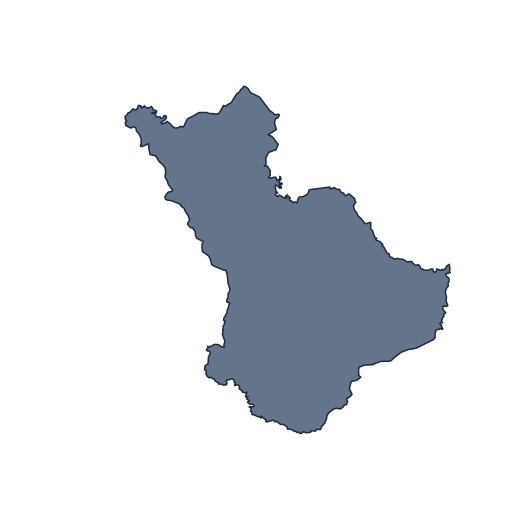 Krong Bong, Đắk Lắk, Vietnam, rotated 40°
{"feature_id": "81297802B29162792012865", "entity_name": "Krong Bong", "entity_type": "district", "adm_level": 2, "iso_a3": "VNM", "parent_name": "Vietnam", "parent_adm1": "Đắk Lắk", "projection": "albers", "projection_center": [108.512, 12.452], "detail": "fine", "context": "isolated", "style": "filled", "palette": "slate", "viewbox_px": 512, "rotation_deg": 40, "n_neighbors": 0, "source": "geoboundaries", "source_scale": "gbopen_adm2", "svg_char_len": 6117}
<svg xmlns="http://www.w3.org/2000/svg" viewBox="0 0 512 512"><g transform="rotate(40 256 256)"><path d="M66.0,228.3L66.4,231.0L66.1,233.4L68.5,235.6L70.2,235.7L70.2,238.0L72.3,239.7L77.0,238.8L78.4,237.8L78.1,237.0L79.2,235.7L81.4,235.0L84.1,237.1L88.4,237.8L93.3,240.4L94.2,242.1L96.0,243.7L96.2,245.4L97.3,246.2L98.7,244.9L101.6,239.1L104.6,242.3L109.6,246.4L114.8,243.8L121.0,245.9L125.9,246.0L129.7,246.9L132.7,249.5L134.9,253.2L136.2,254.3L139.2,255.2L143.2,257.7L149.8,259.1L150.0,260.5L147.9,263.3L147.6,266.1L148.2,269.2L150.1,270.6L151.9,270.3L156.1,267.8L164.5,265.1L166.9,266.0L170.6,265.7L172.8,267.1L178.3,268.7L179.9,270.0L181.6,270.2L182.8,275.0L183.5,275.8L187.9,276.4L189.7,275.0L191.4,276.0L193.5,276.1L196.4,279.1L199.0,280.5L205.9,279.0L206.7,279.4L207.3,281.8L208.9,284.0L212.2,287.0L219.5,286.4L222.6,287.5L227.7,291.1L230.1,290.8L240.2,287.6L242.2,286.4L246.0,288.9L252.1,294.8L257.2,298.1L258.6,300.5L259.0,303.2L261.1,305.4L262.0,308.9L263.4,310.0L265.4,309.0L266.2,309.3L266.3,310.4L267.5,312.0L268.7,315.8L270.4,318.5L270.5,320.8L271.3,321.6L271.1,323.7L272.4,326.0L274.2,325.9L274.8,327.7L275.7,328.5L275.9,330.7L277.2,332.2L277.9,334.0L279.9,335.8L280.5,337.6L286.8,341.2L288.7,344.9L290.0,345.9L288.3,347.6L283.6,348.2L282.8,349.2L281.9,349.6L280.5,351.2L280.1,353.5L278.9,354.6L278.6,355.9L277.3,356.4L278.0,356.7L278.4,359.9L279.7,360.0L281.9,358.7L283.5,360.1L284.6,364.1L288.4,369.1L287.6,373.1L289.8,376.2L291.8,375.9L293.5,378.5L296.1,379.6L298.5,379.3L299.8,377.6L301.7,377.9L303.1,377.1L305.0,378.0L308.6,377.4L310.1,378.1L311.5,376.6L313.4,376.2L315.8,374.3L316.0,373.1L315.5,372.0L313.6,371.0L313.3,370.3L315.5,367.4L316.1,365.8L317.5,365.1L319.4,365.2L320.3,366.5L321.8,366.6L322.4,368.4L323.1,368.8L323.9,366.9L324.7,366.4L327.4,366.6L328.5,368.6L330.7,368.2L333.3,368.9L335.5,367.8L336.6,366.5L338.4,370.5L340.2,369.1L340.7,371.5L343.4,371.1L344.2,371.4L343.4,372.9L343.7,373.4L346.3,373.6L348.2,372.1L350.5,371.7L350.9,372.5L350.5,373.8L347.9,375.4L347.9,376.0L349.9,375.7L351.0,376.9L351.4,378.4L352.7,378.2L355.0,380.0L356.2,379.1L360.9,377.8L362.6,376.8L363.9,376.9L363.9,376.2L362.8,375.9L363.3,375.3L366.9,375.5L369.0,374.9L369.9,376.4L370.9,376.3L375.0,370.3L377.0,370.9L378.2,369.4L383.2,369.2L384.5,367.8L388.9,366.8L391.7,368.3L393.5,366.6L396.7,365.6L397.9,365.9L398.8,364.8L400.9,364.9L402.1,363.4L403.4,363.8L404.9,362.5L405.3,360.0L407.7,359.4L410.4,356.9L411.1,355.5L410.8,354.2L414.0,352.1L413.9,349.9L417.0,347.2L416.0,345.1L416.1,339.8L414.6,335.2L413.2,333.1L412.5,329.6L413.7,324.2L415.1,321.2L418.9,319.0L419.7,316.4L419.6,313.6L420.8,311.6L419.7,308.7L417.0,306.8L418.0,305.0L418.6,301.4L418.4,300.2L412.7,297.6L409.9,291.5L409.9,290.7L413.0,286.5L414.2,281.6L411.2,281.2L407.4,276.8L406.6,274.8L409.0,270.1L415.4,264.1L416.7,261.0L419.4,256.5L425.8,250.8L426.8,249.1L427.4,243.9L429.2,236.1L433.4,228.8L435.1,227.4L438.3,222.9L445.8,205.7L445.8,204.5L445.2,204.0L445.6,203.3L443.1,200.5L441.7,197.1L442.6,195.2L443.5,194.6L443.4,193.5L446.0,192.3L445.6,191.5L443.4,191.0L442.9,189.8L440.2,189.6L440.3,188.4L441.7,187.2L439.3,185.9L439.3,184.6L438.5,182.9L438.7,181.2L436.8,179.9L437.7,178.6L437.6,177.5L433.5,176.7L431.8,175.2L431.6,174.2L434.6,171.8L434.7,170.7L430.3,168.1L428.2,164.8L426.1,163.6L423.8,161.4L422.7,158.4L422.5,155.2L420.6,153.6L420.5,152.2L419.0,149.8L418.0,149.1L415.3,149.1L412.7,147.7L415.4,144.0L413.9,143.2L413.0,141.4L409.6,138.3L408.6,140.5L409.1,144.9L408.7,145.9L407.4,146.3L406.6,148.3L402.9,149.6L403.6,150.5L403.8,153.1L403.4,153.5L401.5,153.8L400.0,152.5L399.2,152.5L396.7,156.6L394.0,158.5L390.1,159.7L387.9,158.4L385.9,158.2L384.5,160.4L383.3,160.9L378.5,160.2L375.7,163.3L370.5,164.1L367.9,166.2L366.2,166.5L364.0,169.4L360.9,169.8L359.7,170.4L358.6,170.3L356.7,168.8L354.2,169.4L348.4,167.0L346.1,167.1L346.0,165.9L345.6,165.7L341.7,165.3L338.1,166.5L337.0,166.2L337.0,164.9L335.2,165.3L332.6,164.1L329.3,161.7L326.3,161.4L322.6,156.8L321.9,156.7L319.8,160.3L318.2,161.0L312.5,159.8L308.2,159.6L305.0,158.1L302.4,157.6L299.4,155.9L298.5,155.1L297.8,150.5L295.9,150.0L295.0,148.8L293.8,148.5L287.3,148.7L286.7,149.5L286.2,151.9L285.3,152.4L282.7,151.6L280.3,152.4L279.0,152.3L277.6,151.4L276.7,151.5L275.2,152.9L271.9,153.4L269.9,156.8L268.4,155.7L267.7,156.3L254.5,170.7L254.3,171.6L255.5,173.9L255.6,175.9L253.8,180.4L251.4,182.8L251.2,183.6L251.9,186.3L253.2,188.7L252.9,189.1L251.2,189.4L249.9,191.4L247.2,190.9L246.3,191.9L244.7,190.9L245.1,189.7L244.8,189.5L242.4,189.3L241.8,190.7L240.5,189.4L240.3,191.5L240.8,192.4L241.6,192.5L239.3,193.7L235.8,193.9L234.7,194.4L234.2,196.6L233.3,196.7L231.3,196.4L230.8,194.6L232.0,194.0L231.6,193.7L229.6,193.4L225.9,190.2L225.6,188.8L227.5,188.5L230.1,188.9L231.4,188.2L231.7,187.5L230.2,186.4L229.5,187.0L230.0,188.2L229.3,188.1L228.9,186.4L227.8,186.3L227.8,185.9L229.8,184.3L229.6,183.9L228.5,183.6L227.5,184.9L225.9,184.5L225.7,181.1L223.8,179.6L223.2,179.9L224.3,180.9L224.5,182.4L223.6,184.4L223.1,184.5L221.2,183.2L220.0,183.2L216.0,187.9L215.4,187.9L215.1,186.9L215.1,185.1L211.9,181.4L206.9,179.8L204.8,181.4L204.5,179.1L200.7,174.7L199.3,169.8L199.2,168.3L203.0,161.7L201.4,156.3L193.0,154.4L191.0,154.3L187.5,155.2L190.3,146.1L184.9,142.4L183.6,140.4L182.8,137.9L184.0,136.1L183.2,132.9L182.1,133.0L179.5,135.8L177.3,135.4L173.5,135.9L156.7,132.0L147.5,134.2L145.5,134.1L142.4,132.8L140.7,132.8L137.7,133.7L137.4,134.2L137.8,136.9L137.2,138.6L137.9,140.6L137.0,144.3L138.5,154.8L136.8,158.4L136.7,160.5L134.4,161.7L136.0,170.6L134.0,173.3L132.2,174.1L128.3,177.0L125.9,177.8L120.6,182.3L119.7,183.8L118.1,188.8L115.5,194.2L115.6,196.5L117.5,203.8L115.0,205.1L113.5,208.4L112.0,209.9L108.1,210.5L105.6,209.8L101.3,210.1L100.9,212.6L99.6,213.9L99.1,215.3L97.3,214.9L98.7,210.4L98.6,208.4L97.7,206.7L96.2,206.7L95.4,207.6L95.9,210.3L94.7,211.7L93.0,211.1L90.3,213.6L88.0,212.2L86.7,212.1L84.6,213.6L84.9,212.0L87.6,210.2L86.8,208.8L82.5,210.0L81.4,208.9L79.7,208.8L78.6,211.8L77.4,212.1L76.3,213.2L74.0,212.7L73.4,215.9L71.0,215.1L69.2,216.2L70.3,219.5L70.1,221.6L67.1,222.4L67.0,227.3L66.0,228.3Z" fill="#64748b" stroke="#1e293b" stroke-width="1.5"/></g></svg>